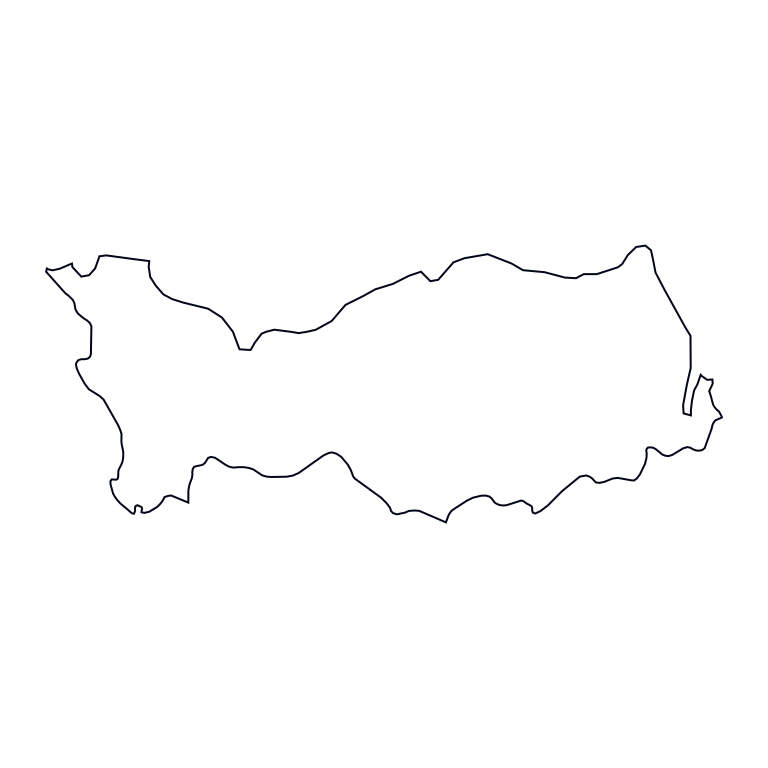 outline of Nicosia
{"feature_id": "CYP-3464", "entity_name": "Nicosia", "entity_type": "District", "adm_level": 1, "iso_a3": "CYP", "parent_name": "Cyprus", "parent_adm1": "", "projection": "orthographic", "projection_center": [33.02, 35.04], "detail": "fine", "context": "isolated", "style": "outline", "palette": "ink", "viewbox_px": 768, "rotation_deg": 0, "n_neighbors": 0, "source": "natural_earth", "source_scale": "10m", "svg_char_len": 3380}
<svg xmlns="http://www.w3.org/2000/svg" viewBox="0 0 768 768"><path d="M645.4,245.6L651.0,250.3L653.2,260.4L655.5,272.5L664.3,289.4L672.1,303.5L685.5,327.7L690.5,335.8L690.6,351.3L690.7,368.1L686.9,384.5L683.1,405.3L683.6,413.4L690.9,415.4L690.9,410.0L691.9,401.2L694.1,390.4L697.4,384.4L700.7,374.8L702.0,376.2L707.1,379.8L712.4,379.5L712.7,383.7L709.2,391.0L710.7,395.6L713.1,404.6L714.5,407.1L716.6,409.5L719.1,411.7L721.1,415.4L721.8,416.8L721.9,417.5L715.3,420.4L713.7,422.5L712.5,424.9L711.5,429.1L704.7,448.1L702.1,450.1L698.9,450.7L695.7,450.4L692.8,449.2L690.4,447.7L687.3,447.1L683.2,448.3L672.3,454.9L668.5,456.1L665.2,455.7L662.3,454.5L656.1,449.4L654.2,448.2L651.6,447.4L648.1,447.5L646.8,448.7L646.2,450.5L646.7,453.2L646.5,457.7L645.1,463.7L639.9,474.5L636.8,478.5L634.0,480.5L631.2,480.3L617.8,477.9L612.7,478.5L604.2,481.9L599.4,482.9L595.8,482.4L592.1,478.4L589.5,476.6L586.2,475.5L579.8,476.6L562.2,491.0L547.9,505.4L540.4,511.1L535.3,513.5L532.9,512.6L532.2,510.5L532.2,508.2L531.6,506.3L530.1,505.3L526.1,503.2L524.0,501.5L521.3,500.5L506.9,505.1L503.7,505.5L500.3,505.2L497.4,504.2L494.8,502.7L491.5,498.3L489.3,496.5L485.7,495.6L481.2,495.7L473.0,497.7L467.0,500.6L453.7,509.2L451.2,511.2L449.5,513.6L448.4,515.7L445.9,522.4L419.4,510.9L415.0,510.5L409.0,510.9L404.7,512.7L397.0,514.3L393.2,513.2L391.0,511.0L390.1,507.9L386.7,503.3L381.0,497.6L355.1,478.8L353.7,477.2L352.9,475.8L352.1,473.4L350.5,469.4L347.7,464.5L341.0,456.6L336.2,453.6L331.9,452.4L328.7,453.0L323.4,455.5L298.7,473.0L292.8,475.6L286.7,476.7L271.4,477.0L266.6,476.6L262.3,475.4L253.3,469.4L248.7,467.9L244.0,467.2L239.4,467.1L233.4,467.6L229.5,466.8L225.7,464.9L215.1,457.8L211.0,456.9L208.1,457.9L205.0,462.9L202.8,464.7L199.8,465.5L196.6,466.1L193.9,467.0L192.7,469.3L192.3,472.0L192.4,474.9L191.9,478.0L189.7,483.9L188.9,487.2L188.4,490.6L188.3,502.6L171.1,495.5L168.1,495.9L164.5,497.1L163.2,499.8L160.8,503.3L157.1,507.0L149.1,511.8L144.3,512.9L141.5,512.3L141.6,510.7L142.1,508.8L141.6,507.1L137.4,505.2L135.4,506.2L135.0,508.4L135.1,511.0L134.0,513.7L132.2,513.4L130.3,512.0L128.3,510.1L120.5,503.6L116.8,499.5L114.6,496.4L113.0,493.3L110.6,484.6L110.4,481.9L110.7,480.7L111.8,479.4L116.1,479.7L117.6,478.9L118.2,476.7L118.3,471.6L118.8,469.5L121.3,464.6L122.5,461.7L123.1,458.2L123.3,454.5L123.1,451.0L121.8,444.8L121.4,441.7L121.5,434.0L120.3,430.2L118.3,425.5L103.6,399.6L99.7,396.1L88.9,389.3L84.8,383.9L79.1,373.8L76.8,368.5L75.9,364.2L77.0,361.7L78.7,359.9L81.7,359.2L84.8,359.2L87.8,358.6L89.9,356.9L90.9,354.1L91.4,326.4L90.0,323.2L87.1,320.5L83.4,318.1L77.8,313.5L75.4,309.2L74.4,303.3L73.0,300.1L68.7,295.8L65.2,293.1L46.1,271.7L46.9,268.5L48.1,269.3L52.7,270.3L59.8,268.7L71.9,263.5L72.5,267.2L81.3,276.6L89.1,275.2L95.1,268.5L98.5,259.1L99.4,256.3L106.2,255.4L112.9,256.3L135.3,259.3L149.3,261.1L148.7,266.6L150.2,276.9L155.7,285.6L163.4,294.4L172.2,299.1L183.3,302.6L208.1,308.7L221.9,317.5L232.9,331.7L239.5,349.3L250.6,350.0L254.9,342.5L261.6,333.7L266.0,331.8L274.3,329.7L290.8,331.8L298.6,333.1L306.8,331.8L315.7,329.8L331.7,321.0L345.5,304.9L363.1,296.1L375.3,289.3L392.9,283.9L408.9,275.8L421.0,271.7L430.4,281.2L438.2,279.8L453.5,262.3L464.5,258.2L487.7,254.2L511.5,263.5L523.0,270.2L544.6,272.2L565.0,277.6L576.1,278.2L583.8,274.1L596.9,274.1L617.9,267.3L622.3,263.9L627.8,255.1L636.1,247.0L645.4,245.6Z" fill="none" stroke="#020617" stroke-width="2"/></svg>